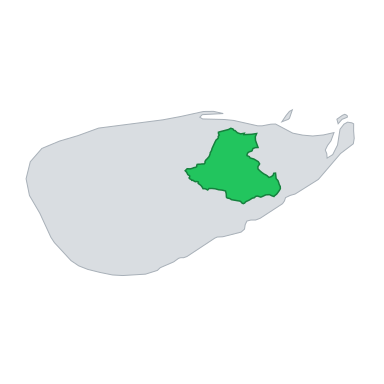 location of Anurādhapura within Sri Lanka, rotated 87°
{"feature_id": "LKA-2455", "entity_name": "Anurādhapura", "entity_type": "District", "adm_level": 1, "iso_a3": "LKA", "parent_name": "Sri Lanka", "parent_adm1": "", "projection": "natural_earth1", "projection_center": [80.531, 8.366], "detail": "fine", "context": "in_parent", "style": "filled", "palette": "green", "viewbox_px": 384, "rotation_deg": 87, "n_neighbors": 0, "source": "natural_earth", "source_scale": "10m", "svg_char_len": 3036}
<svg xmlns="http://www.w3.org/2000/svg" viewBox="0 0 384 384"><g transform="rotate(87 192 192)"><path d="M132.4,27.0L139.5,27.4L147.0,27.2L152.3,28.4L161.3,41.6L186.0,65.1L199.4,89.1L200.6,94.3L202.5,98.9L205.7,100.1L208.4,102.2L221.8,125.3L223.3,129.9L223.1,134.9L223.9,138.7L227.4,140.6L231.8,141.5L234.6,145.0L238.3,163.5L238.3,169.2L239.3,171.7L256.2,200.5L257.2,203.9L257.0,206.6L257.5,208.8L260.8,213.9L265.9,227.6L268.5,230.7L271.6,242.7L271.8,265.5L270.7,275.7L267.5,288.1L263.8,300.2L259.8,309.0L254.2,316.4L235.3,332.1L229.8,335.3L205.2,345.1L187.0,354.5L170.1,357.0L153.3,351.9L140.6,339.6L134.2,321.6L129.7,302.8L123.3,281.9L118.4,217.3L116.0,199.3L112.2,176.3L112.6,166.3L115.3,156.7L115.3,177.7L117.7,180.3L119.6,177.6L121.3,155.9L122.7,146.7L129.4,122.8L129.6,118.6L128.4,109.6L128.5,105.0L138.5,88.3L141.0,78.5L142.4,68.5L141.9,57.7L140.1,47.1L148.1,50.5L152.6,54.2L157.1,56.7L160.8,55.4L165.2,55.3L162.0,49.5L152.7,44.2L137.1,40.9L132.2,36.7L130.4,33.0L131.3,28.7L132.4,27.0ZM124.5,92.1L126.6,98.6L120.6,94.1L116.6,90.5L115.2,87.5L123.4,90.8L124.5,92.1ZM131.5,42.5L126.9,43.5L123.3,37.8L122.4,35.4L123.3,33.7L124.3,32.8L125.5,33.1L127.3,38.4L131.5,42.5Z" fill="#d9dde1" stroke="#a8b0b8" stroke-width="1"/><path d="M201.7,153.1L200.7,154.2L200.2,155.7L199.8,157.2L198.9,157.9L195.6,157.9L192.7,158.5L191.7,161.8L191.1,165.4L190.0,168.6L189.5,171.9L189.4,174.9L190.8,176.2L189.4,178.6L189.3,180.8L187.8,181.5L186.4,182.4L185.4,183.3L184.0,185.1L183.6,185.4L183.0,185.2L182.3,185.2L181.8,186.6L181.9,188.2L181.2,189.4L180.2,190.6L180.4,191.0L180.4,191.6L179.9,191.9L179.4,192.3L178.9,193.3L177.8,194.2L176.9,193.5L175.7,193.5L174.4,195.3L172.0,196.3L170.4,197.7L168.5,195.6L168.8,192.6L168.4,190.6L167.7,188.6L167.6,187.2L166.9,186.0L165.8,185.9L164.7,185.4L164.6,184.0L164.7,182.4L164.5,180.6L164.6,179.5L164.6,178.4L163.5,177.4L162.1,177.4L160.8,176.5L159.6,175.1L157.4,173.0L154.9,171.9L153.6,171.7L152.4,170.8L151.0,170.1L149.6,169.7L142.8,166.1L141.2,165.1L140.4,163.9L139.3,162.9L137.8,162.9L136.5,161.8L135.3,162.5L133.7,162.5L133.3,161.0L131.5,152.3L130.4,149.9L131.2,147.8L132.4,147.2L132.8,146.4L132.9,145.8L135.2,143.6L136.5,140.4L136.1,136.8L136.7,137.2L137.4,137.3L137.5,129.4L137.0,124.4L140.2,125.9L143.8,125.9L151.0,123.7L151.0,126.5L151.8,128.9L152.9,129.4L154.0,129.9L154.5,131.0L154.7,132.2L155.5,134.0L157.1,134.9L157.8,135.2L158.5,135.2L159.7,132.9L161.0,132.2L162.3,128.5L165.2,124.2L167.5,123.0L168.8,123.9L170.1,124.9L172.4,124.9L174.4,123.1L176.2,121.2L177.9,119.0L178.7,117.5L179.8,116.0L181.5,114.4L180.9,112.2L179.6,110.2L177.6,109.4L177.5,107.6L183.0,107.3L185.1,105.6L187.0,105.0L189.1,104.5L191.1,103.6L193.3,103.6L195.2,104.8L198.4,107.4L199.5,108.9L200.1,109.8L200.8,110.4L199.9,112.6L198.7,114.7L198.7,118.4L200.1,121.8L200.7,123.6L199.5,126.7L199.6,128.4L200.2,129.2L201.0,130.1L201.3,132.1L203.2,135.5L204.3,138.3L204.9,139.3L205.8,140.0L206.3,141.4L205.7,142.6L204.6,143.4L203.7,144.4L203.4,145.5L203.2,146.5L201.7,153.1Z" fill="#22c55e" stroke="#15803d" stroke-width="1.5"/></g></svg>